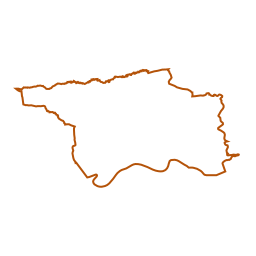 outline of Tan Thanh, Bà Rịa - Vũng Tàu, Vietnam, rotated 264°
{"feature_id": "81297802B41485876419304", "entity_name": "Tan Thanh", "entity_type": "district", "adm_level": 2, "iso_a3": "VNM", "parent_name": "Vietnam", "parent_adm1": "Bà Rịa - Vũng Tàu", "projection": "equal_earth", "projection_center": [107.136, 10.589], "detail": "fine", "context": "isolated", "style": "outline", "palette": "amber", "viewbox_px": 256, "rotation_deg": 264, "n_neighbors": 0, "source": "geoboundaries", "source_scale": "gbopen_adm2", "svg_char_len": 5832}
<svg xmlns="http://www.w3.org/2000/svg" viewBox="0 0 256 256"><g transform="rotate(264 128 128)"><path d="M182.6,153.5L183.0,152.1L183.3,152.1L183.1,152.7L183.2,152.9L183.7,152.3L183.6,151.8L183.8,151.0L183.6,150.3L183.2,150.0L183.2,149.0L183.5,148.8L184.1,149.2L184.2,148.9L183.8,148.0L183.6,146.2L183.4,146.1L183.0,146.4L183.0,145.6L182.5,145.3L182.2,144.8L182.2,144.5L182.8,144.3L183.2,143.2L182.6,143.8L182.3,143.9L182.3,142.8L181.8,142.2L181.7,141.5L181.3,140.8L181.3,140.6L181.9,140.8L181.7,140.2L181.8,139.8L181.9,139.7L182.4,139.9L182.5,139.4L181.9,139.0L181.9,138.3L181.5,138.1L181.2,136.7L180.4,136.6L180.4,136.3L180.7,135.9L181.1,135.9L181.3,135.2L181.0,134.6L181.1,134.0L180.9,132.5L180.8,132.2L180.5,132.2L180.3,132.9L180.1,133.1L179.9,133.0L180.1,132.4L179.4,132.6L179.3,132.3L179.9,132.0L180.0,131.3L179.9,131.0L179.0,130.1L179.2,127.6L179.5,127.7L179.6,128.6L179.9,128.5L180.1,128.1L179.5,126.4L179.9,125.6L179.7,123.3L180.4,121.1L180.4,120.3L180.2,120.1L179.5,120.2L179.2,119.4L178.5,118.5L178.0,118.3L178.1,117.5L177.9,117.0L177.9,116.3L177.4,115.3L177.4,114.5L176.8,114.6L176.6,113.9L176.4,113.7L176.0,114.3L175.7,114.2L175.6,113.7L175.8,113.5L176.8,113.1L176.4,112.8L176.5,112.6L176.8,112.5L176.7,111.7L176.8,111.0L176.6,110.8L175.9,110.7L175.3,109.9L175.5,109.1L175.4,108.1L176.2,107.3L176.8,105.6L177.6,105.2L177.9,104.6L178.6,104.6L178.3,103.3L178.3,102.6L178.7,102.4L179.2,102.7L179.9,102.8L179.9,102.5L179.4,102.0L179.6,101.8L180.0,101.8L180.0,100.7L179.5,100.1L179.4,99.3L179.6,98.3L180.2,98.5L180.1,97.3L179.6,97.6L179.1,97.0L179.2,96.2L178.6,95.6L178.7,94.9L178.0,94.8L178.1,94.2L177.6,93.8L178.1,93.5L178.1,93.3L177.3,92.0L176.3,89.6L177.4,87.6L177.3,87.3L176.9,87.4L176.9,87.2L177.5,86.6L177.5,85.8L178.0,85.6L178.1,85.3L178.1,84.7L177.8,84.3L178.7,83.4L178.3,83.2L178.8,82.5L178.5,82.3L178.7,81.6L178.1,81.6L178.0,81.2L178.4,81.0L178.8,81.2L179.1,80.7L179.2,80.1L179.6,79.6L180.1,79.5L180.1,78.9L180.3,78.8L180.0,78.5L179.8,79.0L179.2,77.4L179.3,77.0L179.8,76.7L179.8,76.0L180.1,75.9L180.0,75.7L179.7,75.7L180.1,75.0L180.0,74.7L179.7,74.8L180.1,74.1L180.1,73.8L179.9,73.5L180.1,72.6L179.4,72.5L179.2,71.6L178.8,71.0L178.8,70.3L178.5,69.4L178.6,69.0L178.8,69.2L178.7,68.3L178.9,67.3L178.6,66.3L179.2,64.8L179.3,63.9L179.6,62.9L179.2,61.9L178.8,61.4L178.6,60.4L177.9,59.7L177.2,57.4L175.7,55.8L175.5,54.5L175.1,54.0L175.1,53.6L175.4,51.1L175.8,50.5L176.9,49.8L178.2,48.1L178.7,47.9L178.7,46.9L179.4,45.2L179.3,43.3L179.5,42.5L179.0,41.6L178.8,40.5L179.0,39.3L178.8,37.5L178.5,36.6L178.6,35.5L178.3,34.5L178.5,34.1L178.8,32.5L178.6,32.1L178.9,31.8L178.8,30.7L179.1,30.1L179.0,29.3L179.3,28.6L177.6,26.4L177.9,24.8L178.6,23.1L178.8,20.6L177.2,22.2L176.2,23.6L175.8,24.4L175.6,25.9L170.7,25.9L169.6,26.2L162.4,26.4L161.4,28.6L161.3,30.0L160.8,31.7L160.7,34.2L159.1,38.8L159.2,40.7L158.8,43.6L158.9,46.3L158.5,47.3L158.0,47.8L156.0,48.2L155.4,48.7L153.3,49.3L153.2,49.7L153.3,50.2L152.8,50.4L152.8,50.8L152.6,50.9L152.2,52.0L151.8,51.9L151.8,54.6L151.2,55.5L150.8,55.6L150.9,56.8L150.8,57.1L150.5,57.2L150.0,57.1L149.6,57.9L148.8,58.0L148.3,59.1L147.9,59.6L147.3,59.3L146.9,59.7L145.7,59.6L145.3,60.0L144.6,60.2L142.6,62.7L141.9,64.2L140.2,65.2L139.4,65.1L138.6,66.0L138.0,65.9L138.0,66.6L138.1,67.5L137.9,69.7L136.6,71.7L135.0,75.2L133.5,74.3L132.0,74.1L126.8,73.8L123.4,73.9L121.8,73.6L118.8,74.0L116.6,74.0L116.0,73.2L115.8,71.7L115.2,71.1L114.5,70.8L113.3,70.8L111.2,71.2L109.9,70.5L108.6,70.1L104.0,70.5L102.0,70.9L100.0,72.0L98.7,72.2L98.9,72.9L83.1,82.3L83.3,84.3L85.0,90.8L85.0,91.5L84.7,92.0L84.0,92.2L83.1,91.8L80.5,88.9L79.5,88.1L78.3,87.7L77.0,87.9L75.5,88.7L73.7,91.1L73.1,92.2L72.6,93.7L72.3,95.7L72.7,99.1L73.5,101.4L74.9,103.6L79.0,107.9L82.6,111.1L84.3,112.8L86.0,115.3L86.9,117.3L88.0,122.1L90.6,127.9L91.2,129.7L91.4,131.7L91.0,134.4L90.1,137.3L87.1,143.3L84.1,148.2L82.7,151.1L81.9,153.6L81.5,155.4L81.4,157.1L81.4,158.1L82.0,160.1L82.5,161.1L83.9,162.7L86.0,164.0L88.5,164.9L90.8,166.0L91.5,167.2L91.6,168.0L91.5,171.2L90.7,173.5L89.6,175.2L85.5,180.4L84.1,182.5L82.3,184.2L81.9,187.7L81.6,188.9L80.2,192.4L77.8,195.8L76.5,197.0L74.3,198.5L73.5,199.2L73.3,199.8L72.9,201.0L71.8,210.9L74.6,220.2L82.3,218.4L82.9,218.3L83.6,218.6L84.4,219.5L85.2,220.8L85.8,222.5L85.7,224.0L85.9,224.7L85.7,225.6L86.3,226.4L86.5,227.0L88.0,227.8L88.9,228.9L89.2,230.0L88.7,231.4L89.1,232.6L89.4,234.9L89.6,235.2L89.9,235.4L90.1,235.3L90.3,234.5L90.3,234.1L89.9,232.8L90.5,230.2L90.3,228.1L90.4,226.1L90.3,224.8L90.4,224.2L90.6,223.9L91.8,223.8L92.2,224.6L92.9,224.0L93.6,223.7L95.6,223.6L98.4,225.3L99.5,225.4L100.4,225.1L100.5,224.5L101.1,223.3L101.7,222.9L103.1,222.5L103.4,222.6L104.0,223.6L104.2,224.4L104.3,225.4L105.3,223.7L106.3,222.9L107.8,222.7L110.6,223.5L111.5,223.6L112.8,223.3L113.7,222.6L115.6,220.3L117.1,217.9L117.7,217.5L118.6,217.7L118.9,218.1L121.3,222.3L121.9,222.9L123.2,222.8L124.6,221.4L125.5,220.9L128.6,220.8L130.5,219.2L130.8,219.2L135.1,222.2L137.4,224.5L138.8,225.3L140.1,225.4L140.7,225.3L141.9,224.7L143.1,223.8L144.6,223.6L145.6,223.9L147.1,223.0L147.5,223.0L148.0,223.4L148.9,224.8L149.9,225.1L150.1,225.0L151.1,223.9L151.6,222.8L151.7,222.4L151.6,221.9L150.6,220.7L150.5,220.2L150.8,219.4L151.7,218.5L152.1,217.5L151.9,216.9L150.9,216.5L151.0,215.5L151.5,214.1L152.6,212.9L152.7,212.3L153.6,212.4L154.1,212.0L154.3,211.5L154.1,209.7L153.6,209.5L153.0,208.9L152.5,207.6L152.5,206.6L152.3,206.1L152.8,203.5L152.6,198.2L152.7,195.2L154.4,195.7L155.6,195.6L156.5,195.7L156.5,195.4L158.3,193.9L160.1,191.3L161.2,186.3L163.3,181.0L165.0,178.8L167.7,173.6L168.9,173.4L169.8,173.4L171.3,174.4L172.2,175.5L173.5,176.6L176.3,176.1L179.0,174.9L180.0,174.9L181.2,173.8L181.7,173.8L182.2,174.3L182.2,171.4L182.5,168.4L181.8,163.5L181.6,160.0L180.5,153.9L180.9,153.7L181.3,153.8L181.9,153.5L182.2,153.7L182.3,153.2L182.6,153.5Z" fill="none" stroke="#b45309" stroke-width="2"/></g></svg>